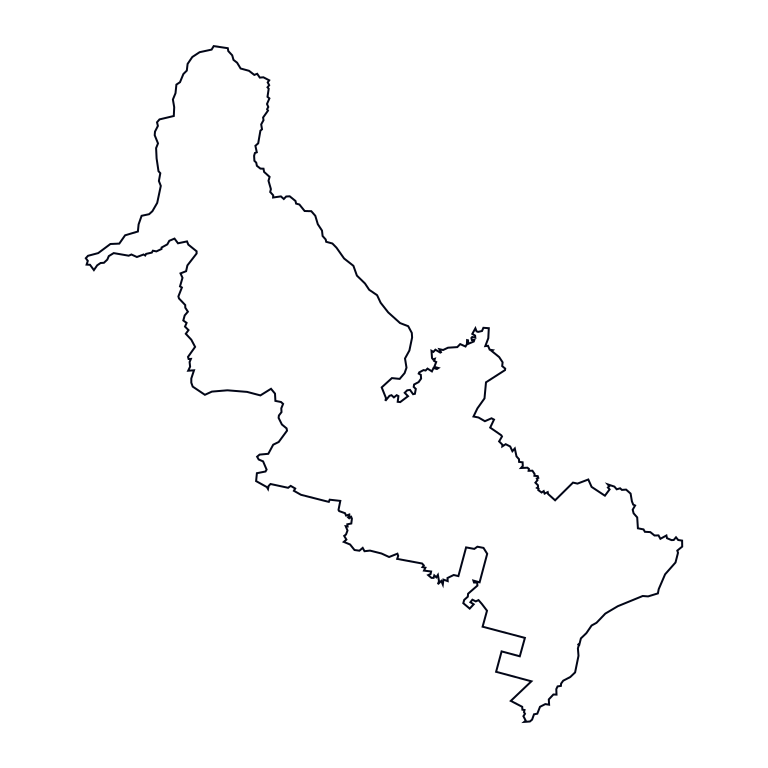 outline of Carterton District, Wellington, New Zealand
{"feature_id": "76426892B89020441057678", "entity_name": "Carterton District", "entity_type": "district", "adm_level": 2, "iso_a3": "NZL", "parent_name": "New Zealand", "parent_adm1": "Wellington", "projection": "orthographic", "projection_center": [175.614, -41.054], "detail": "fine", "context": "isolated", "style": "outline", "palette": "ink", "viewbox_px": 768, "rotation_deg": 0, "n_neighbors": 0, "source": "geoboundaries", "source_scale": "gbopen_adm2", "svg_char_len": 6089}
<svg xmlns="http://www.w3.org/2000/svg" viewBox="0 0 768 768"><path d="M227.8,48.2L213.7,46.1L211.6,49.6L199.6,52.2L192.3,57.0L187.6,63.9L186.8,70.6L183.4,74.0L180.0,82.2L176.4,84.6L175.5,93.2L172.9,99.5L174.2,107.2L173.8,116.0L159.5,119.4L157.0,122.3L157.9,125.9L155.0,131.6L154.7,135.2L158.0,143.4L156.1,148.1L156.6,158.4L158.5,171.2L160.3,173.2L158.9,181.0L160.8,185.9L157.2,202.9L152.4,211.2L149.1,214.2L141.6,215.8L138.6,224.4L137.9,231.5L125.1,235.3L119.3,243.6L110.4,244.0L98.2,253.1L88.0,255.8L85.8,258.2L87.8,260.9L86.6,264.6L90.0,264.8L93.9,270.1L97.2,265.3L100.6,263.0L103.9,262.8L107.3,259.6L108.8,256.1L113.7,253.1L128.7,255.7L131.4,254.5L136.9,257.0L143.6,254.5L145.2,255.5L146.1,253.9L151.8,252.6L152.9,250.7L156.4,251.4L161.5,249.0L161.6,247.5L167.3,244.4L169.3,240.8L174.5,238.6L178.0,243.3L187.0,241.4L188.3,244.6L196.6,251.3L196.6,253.5L187.4,265.4L186.1,271.2L180.5,273.4L182.5,277.8L180.0,286.4L181.9,287.5L178.4,296.4L179.0,298.5L185.2,305.0L185.3,307.7L187.9,311.7L184.7,315.4L183.3,320.5L186.6,322.9L185.0,326.6L188.5,330.1L185.8,333.8L191.3,339.7L195.1,346.9L188.0,356.9L188.6,359.0L190.9,358.9L189.6,362.0L190.1,366.7L188.2,370.7L194.0,370.3L191.3,378.5L191.3,382.7L192.7,386.6L204.9,394.8L211.9,391.6L227.4,390.3L247.1,391.9L260.4,395.4L271.0,388.8L275.0,393.6L275.4,400.9L281.0,402.0L283.1,403.9L281.3,408.3L281.5,412.1L278.9,415.5L278.6,417.9L281.9,424.5L286.6,428.4L287.0,430.7L278.7,442.0L273.2,444.7L268.3,453.8L259.6,454.6L257.1,456.7L258.7,459.5L263.1,461.4L266.6,469.6L265.5,471.5L256.9,473.2L256.1,481.1L266.9,487.1L268.0,489.0L268.6,486.0L270.5,484.0L288.1,487.8L290.7,485.9L295.2,488.5L293.9,490.8L301.0,494.8L328.8,501.9L329.7,499.7L340.3,500.9L338.5,509.9L339.2,511.1L345.0,513.2L346.1,515.6L349.3,514.5L349.5,516.1L348.1,517.3L349.2,518.3L351.2,516.9L351.9,518.7L351.3,523.5L347.3,524.3L347.6,526.4L345.7,526.2L347.5,530.5L346.0,534.5L344.2,535.9L346.4,539.6L343.8,541.9L350.1,544.5L354.5,550.0L359.4,550.7L362.7,547.9L364.5,551.2L370.0,550.6L381.5,553.5L389.1,557.0L397.4,553.7L398.2,555.9L397.2,558.9L422.1,563.5L423.8,565.4L422.5,567.1L425.4,567.7L424.0,570.6L431.1,571.5L430.6,574.0L428.2,575.1L431.5,577.9L433.6,577.9L434.3,575.4L436.3,577.3L437.9,574.9L439.0,581.2L437.9,584.2L441.3,580.9L442.8,584.5L443.4,579.6L447.7,581.1L447.5,578.0L453.7,575.0L458.4,576.1L466.1,547.4L474.3,548.9L477.4,546.7L483.5,547.9L487.2,553.8L479.6,582.3L473.4,580.6L474.0,582.5L477.2,582.5L477.4,585.6L468.1,593.7L467.8,596.7L464.2,599.9L463.3,603.2L469.7,608.6L473.7,604.3L470.4,602.2L472.4,599.7L475.8,601.4L478.5,600.1L481.9,604.0L487.0,610.7L482.6,626.7L524.9,637.9L519.8,656.3L501.6,651.4L496.1,671.8L531.4,681.3L510.8,700.9L522.2,706.8L522.4,709.7L524.5,710.0L524.0,712.2L525.0,713.8L523.4,716.2L525.7,720.6L524.2,721.9L529.9,721.5L532.1,719.6L534.0,714.3L537.3,713.7L540.0,706.8L545.3,704.1L549.1,704.7L548.8,699.4L553.4,694.5L556.5,694.6L556.3,689.1L557.6,686.4L560.9,685.9L561.1,683.6L563.2,680.7L570.3,677.0L575.1,672.4L578.5,655.8L577.9,648.4L578.9,644.9L578.3,644.6L577.8,643.9L579.3,644.7L580.9,638.4L586.4,633.1L591.6,625.5L596.5,622.8L605.3,613.6L617.8,606.2L642.7,596.0L648.1,596.4L657.9,593.4L658.7,589.2L665.1,574.3L675.5,562.5L678.0,552.8L677.3,550.6L682.2,546.6L682.1,540.6L678.2,540.0L676.0,537.3L673.7,540.0L671.5,540.1L667.0,538.2L666.4,535.5L660.4,538.8L658.5,535.4L654.5,535.5L650.3,532.1L644.9,531.8L643.5,529.4L637.9,528.3L637.2,517.4L633.6,513.3L632.7,509.7L635.1,505.5L633.2,504.6L631.9,501.3L630.6,493.6L626.1,489.6L621.9,489.9L620.1,488.3L616.7,489.3L614.4,486.6L607.8,484.4L609.3,486.2L607.9,487.5L609.6,489.4L604.9,495.7L591.6,486.9L588.3,479.5L577.5,483.6L573.0,482.6L555.1,500.3L548.1,494.0L547.7,492.1L544.6,493.6L543.7,491.1L541.6,492.5L538.3,490.1L538.6,488.8L537.0,487.9L538.1,487.0L537.9,485.2L535.4,482.7L537.5,480.1L536.8,478.5L538.3,477.9L537.7,476.1L534.4,475.8L534.6,474.0L532.4,470.7L528.6,470.8L528.9,468.9L527.4,467.7L521.0,468.0L522.8,465.9L522.6,462.3L519.1,461.9L519.0,459.2L516.5,456.4L514.8,448.5L512.4,451.2L510.2,446.5L505.7,444.2L502.3,446.4L502.4,444.7L499.1,441.4L502.0,436.5L501.3,435.3L490.2,427.6L494.0,419.6L491.5,418.3L484.9,421.2L478.5,417.5L473.5,416.5L477.4,408.4L484.5,398.4L486.0,382.3L505.0,370.1L505.2,368.6L502.2,366.1L502.6,362.3L499.2,357.1L491.7,351.0L492.7,350.2L489.7,349.7L488.0,345.8L485.3,346.1L488.3,338.2L488.8,328.2L483.4,327.8L482.0,331.0L478.1,331.9L476.5,331.3L475.4,328.3L472.3,333.9L475.1,335.6L475.3,337.7L472.2,337.0L471.4,338.0L471.9,340.0L474.3,340.0L473.8,341.5L468.3,343.8L468.0,340.3L467.1,340.1L466.9,344.2L465.5,346.5L460.2,344.1L457.3,347.1L448.0,347.7L443.1,350.0L439.4,349.2L441.0,352.2L440.3,352.6L435.4,349.7L433.4,351.9L431.5,350.8L432.0,358.0L433.0,359.4L434.8,358.8L434.1,360.9L436.2,362.0L434.3,366.9L438.4,368.0L436.9,369.0L433.5,368.0L431.9,371.4L427.5,368.6L425.6,370.5L423.5,370.1L419.2,372.4L418.7,373.6L420.8,374.8L421.1,378.6L418.6,382.1L414.1,384.5L413.7,386.9L415.8,388.9L414.9,393.8L413.1,394.2L410.0,389.9L407.2,390.3L404.7,392.8L408.0,396.2L400.2,402.1L397.7,401.8L398.4,396.1L396.7,395.2L393.9,397.4L391.5,395.2L389.5,395.8L385.4,400.8L386.0,398.1L381.7,387.4L391.9,378.1L399.7,378.9L404.6,373.1L406.5,367.7L405.0,358.5L409.4,350.5L412.1,337.5L411.8,332.9L408.2,326.2L400.1,323.1L388.2,312.4L380.6,302.7L377.1,295.2L369.2,289.8L365.0,283.5L356.9,275.6L353.4,265.8L344.1,258.5L336.5,247.7L332.4,243.5L326.2,241.8L325.7,239.5L322.6,236.0L322.0,230.6L317.8,224.2L315.3,215.8L311.3,211.2L304.6,211.0L299.4,204.5L296.1,203.6L295.5,201.0L289.7,196.3L286.2,196.5L283.8,199.0L280.9,196.4L273.1,197.5L273.2,195.3L270.2,192.0L270.9,189.1L268.5,180.8L269.6,176.9L264.1,171.9L263.5,168.7L260.4,168.6L256.9,165.8L256.2,162.6L254.4,160.8L254.1,155.8L254.9,153.0L256.8,152.3L255.4,145.8L258.2,143.3L260.4,130.7L262.0,129.3L261.2,124.4L263.5,120.2L263.1,117.5L268.0,110.6L267.1,109.2L268.3,107.0L267.0,104.0L269.4,98.4L267.5,96.8L268.7,88.7L267.5,87.3L269.2,85.2L267.7,82.4L269.2,80.3L263.4,77.3L259.8,77.6L257.2,73.8L254.3,74.9L249.0,70.8L240.6,68.5L237.1,62.7L233.5,59.9L232.2,55.3L228.3,51.1L227.8,48.2Z" fill="none" stroke="#020617" stroke-width="2"/></svg>